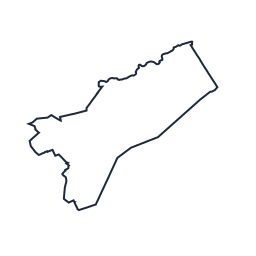 Ramatas pag., Mazsalacas, Latvia, rotated 161°
{"feature_id": "27541924B28390820320084", "entity_name": "Ramatas pag.", "entity_type": "district", "adm_level": 2, "iso_a3": "LVA", "parent_name": "Latvia", "parent_adm1": "Mazsalacas", "projection": "equal_earth", "projection_center": [24.963, 57.985], "detail": "fine", "context": "isolated", "style": "outline", "palette": "slate", "viewbox_px": 256, "rotation_deg": 161, "n_neighbors": 0, "source": "geoboundaries", "source_scale": "gbopen_adm2", "svg_char_len": 5288}
<svg xmlns="http://www.w3.org/2000/svg" viewBox="0 0 256 256"><g transform="rotate(161 128 128)"><path d="M220.4,164.2L216.1,160.5L215.8,160.3L215.8,159.2L215.8,157.2L216.1,156.7L215.4,155.5L214.0,152.8L213.8,152.6L217.5,151.0L221.8,149.3L224.4,148.1L225.2,147.8L225.4,146.1L225.6,144.3L225.8,142.6L225.8,142.4L225.6,141.9L223.4,135.4L221.2,131.6L218.5,131.6L218.0,131.9L217.8,131.9L214.9,131.9L214.4,132.3L211.9,132.3L211.9,131.7L208.2,131.9L206.5,131.9L205.8,125.5L202.1,125.5L200.2,121.6L199.3,119.6L197.8,116.2L196.2,114.6L197.8,114.4L196.5,112.6L196.2,112.0L196.3,112.0L196.9,110.8L197.5,109.5L197.6,109.4L198.1,109.2L200.3,108.9L201.1,108.7L201.1,108.0L201.4,108.0L201.9,107.8L202.4,107.5L203.3,107.0L204.8,106.2L205.0,105.9L205.1,105.4L205.0,105.1L204.7,104.7L204.3,103.9L203.2,102.2L202.9,101.7L202.9,101.2L203.0,100.6L203.4,98.1L203.6,97.7L204.0,97.1L204.6,96.1L205.1,95.4L205.4,95.0L206.0,94.0L207.3,92.0L207.5,91.3L209.0,88.1L210.0,85.7L210.3,85.2L210.4,84.8L210.9,83.7L211.1,83.2L211.4,82.6L211.5,82.2L211.6,81.9L211.6,81.7L210.8,80.5L210.5,80.0L210.0,79.2L209.8,79.0L209.3,78.3L208.3,76.8L203.0,77.3L202.8,74.9L202.7,74.9L202.8,74.8L202.3,70.1L202.2,70.1L202.1,68.6L202.0,67.8L202.1,67.7L201.1,66.4L196.9,66.3L196.2,66.3L192.7,66.2L188.3,66.2L185.6,66.2L183.4,66.1L182.6,67.0L180.9,68.7L172.7,77.2L167.3,82.8L164.1,86.1L163.0,87.2L160.4,90.0L151.2,99.6L147.8,103.2L131.6,108.4L102.6,109.6L50.2,131.5L38.5,135.5L36.9,135.1L33.5,135.6L30.2,137.5L31.0,140.9L31.1,141.5L32.0,144.9L33.1,149.4L34.1,153.4L35.2,158.2L35.7,159.9L37.3,167.0L37.9,170.2L38.0,170.7L38.9,173.9L40.1,178.9L40.9,182.2L41.3,184.1L41.4,184.7L41.8,186.0L40.2,186.0L40.1,186.3L40.1,186.5L40.1,186.8L40.0,187.1L39.9,187.2L39.8,187.4L39.8,187.6L39.8,187.8L39.7,188.1L39.5,188.3L39.4,188.3L39.2,188.6L39.3,188.8L39.5,188.9L39.8,188.9L40.5,189.1L41.1,189.1L41.6,189.1L42.3,189.2L43.3,189.2L44.2,189.2L44.8,189.2L45.9,189.3L46.1,189.4L47.8,189.4L48.4,189.4L49.0,189.5L49.4,189.6L49.6,189.6L50.0,189.5L50.7,189.2L51.1,189.1L51.5,189.0L51.9,189.0L52.2,189.0L52.5,189.1L52.8,189.2L52.9,189.3L53.0,189.5L53.3,189.7L53.4,189.8L53.5,189.8L53.8,189.9L54.3,189.8L54.5,189.7L55.3,189.4L55.6,189.3L55.9,189.3L56.3,189.2L56.9,189.2L57.5,189.2L57.9,189.2L58.3,189.3L58.5,189.3L58.7,189.1L58.8,188.7L58.9,188.4L59.0,188.1L59.1,187.9L59.6,187.6L60.0,187.3L60.4,187.0L60.6,187.0L61.8,186.6L62.1,186.6L63.4,186.4L63.8,186.3L64.3,186.2L65.7,186.0L66.5,185.9L66.8,185.9L67.0,186.0L67.3,186.1L68.0,186.3L68.6,186.3L68.8,186.3L69.0,186.3L69.2,186.2L70.0,186.3L70.5,186.4L71.2,186.2L71.5,186.1L71.9,185.9L72.2,185.7L72.3,185.5L72.4,185.4L72.6,185.1L72.8,184.7L72.9,184.4L72.9,183.9L72.9,183.4L72.9,183.1L72.9,182.9L73.0,182.6L73.0,182.2L73.2,181.8L73.3,181.4L73.5,181.3L73.6,181.2L74.2,181.3L74.4,181.3L74.8,181.3L75.6,181.1L76.0,181.1L76.4,180.9L76.6,180.8L76.8,180.6L76.9,180.3L76.6,179.9L76.6,179.7L76.9,179.4L77.1,179.2L77.6,179.0L77.9,178.8L78.1,178.7L78.3,178.7L78.5,178.7L78.9,178.7L79.4,178.8L80.0,179.0L80.3,179.4L80.6,179.7L81.1,180.5L81.5,181.1L81.7,181.4L82.0,181.7L82.2,181.9L82.5,182.1L82.8,182.4L83.7,182.9L84.0,183.1L84.7,183.4L85.3,183.6L85.7,183.6L86.2,183.6L86.7,183.6L87.5,183.6L88.1,183.5L88.8,183.5L89.0,183.4L89.4,183.2L89.6,183.1L89.8,182.8L89.9,182.7L90.1,182.3L90.5,182.1L90.9,181.9L91.4,181.7L92.0,181.5L92.2,181.4L92.5,181.4L93.1,181.5L93.5,181.5L93.9,181.6L94.2,181.7L94.4,181.8L94.6,182.0L94.8,182.1L94.9,182.3L95.1,182.6L95.2,182.8L95.4,183.0L95.8,183.7L95.9,183.8L96.0,183.9L96.2,184.0L96.5,184.1L96.8,184.1L97.0,184.1L97.3,183.9L97.5,183.6L97.8,183.2L98.0,182.6L98.1,182.4L98.1,182.1L98.1,181.9L98.0,181.5L98.0,181.4L98.2,181.2L98.3,181.1L98.7,181.0L99.5,180.8L99.8,180.7L100.0,180.6L100.5,180.3L100.9,180.0L101.1,179.8L101.9,179.0L102.1,178.9L102.3,178.6L102.4,178.4L102.4,178.0L102.4,177.5L102.6,177.0L102.7,176.7L102.9,176.6L103.2,176.4L103.7,176.2L104.3,176.0L105.1,175.9L105.7,175.8L105.9,175.8L106.3,176.0L106.5,176.1L107.0,176.4L107.3,176.4L107.6,176.5L108.0,176.4L109.4,176.3L110.8,176.0L111.1,176.0L112.2,175.7L112.9,175.5L113.1,175.5L113.3,175.5L113.6,175.5L114.4,175.7L115.1,175.8L115.8,175.9L116.3,175.9L116.9,175.9L117.4,175.8L117.6,175.8L117.9,175.8L118.1,175.9L118.9,176.1L119.8,176.3L120.1,176.4L120.5,176.3L120.9,176.5L121.2,176.7L121.5,176.9L121.9,177.3L122.0,177.5L121.9,177.9L121.9,178.0L122.0,178.1L122.1,178.3L122.4,178.6L122.5,178.7L123.0,178.9L124.2,179.2L124.7,179.3L125.1,179.5L125.6,179.7L125.9,179.9L126.3,180.3L126.7,180.4L126.9,180.5L127.2,180.5L128.5,180.7L128.9,180.6L129.4,180.5L130.0,180.3L130.5,180.1L130.8,179.9L131.1,179.7L131.5,179.3L131.8,179.2L132.0,179.0L132.2,178.9L132.4,178.8L132.7,178.7L133.2,178.6L133.4,178.6L133.7,178.7L133.9,178.8L134.3,179.3L134.7,179.6L135.0,179.9L135.3,180.1L135.5,180.2L136.4,180.6L138.0,181.4L138.2,181.5L139.9,181.1L140.7,180.9L141.3,179.2L141.5,178.8L142.0,176.9L140.9,176.0L138.9,175.5L142.8,172.9L145.5,171.1L145.3,171.0L149.9,167.8L150.9,167.2L153.1,165.7L154.3,164.8L155.8,163.7L158.0,162.2L160.7,160.4L161.5,158.0L166.7,158.4L168.4,158.5L170.8,158.7L174.7,159.0L176.7,159.3L179.7,159.6L180.9,159.7L182.2,159.9L188.7,160.6L189.0,157.9L189.2,156.9L189.4,157.1L189.8,157.4L193.0,161.1L196.3,165.2L200.7,164.0L204.7,165.0L211.2,166.5L212.9,165.8L216.6,164.3L220.4,164.2Z" fill="none" stroke="#1e293b" stroke-width="2"/></g></svg>